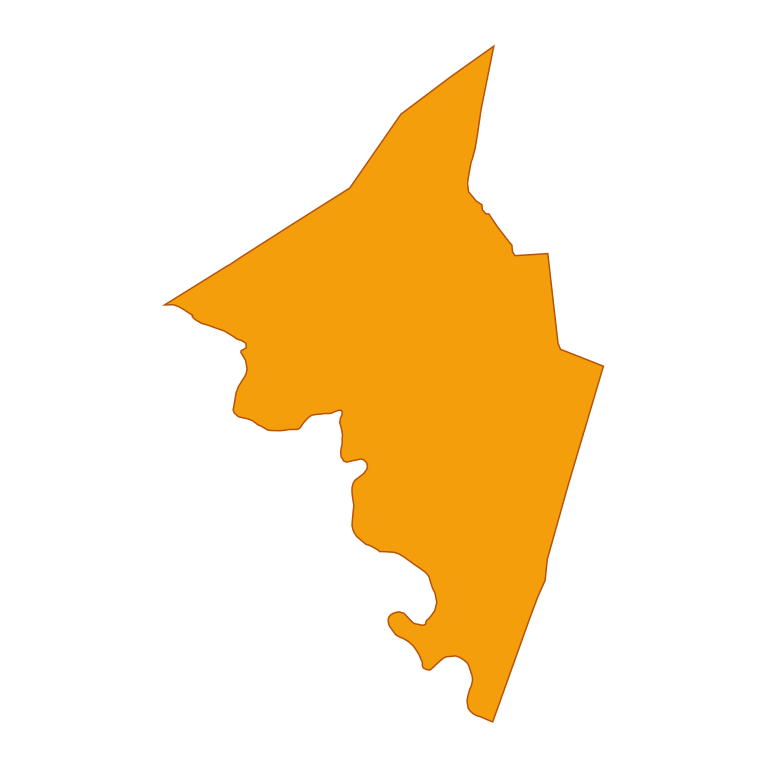 outline of Maghama, Gorgol, Mauritania
{"feature_id": "47542326B54868139713795", "entity_name": "Maghama", "entity_type": "district", "adm_level": 2, "iso_a3": "MRT", "parent_name": "Mauritania", "parent_adm1": "Gorgol", "projection": "robinson", "projection_center": [-12.922, 15.535], "detail": "fine", "context": "isolated", "style": "filled", "palette": "amber", "viewbox_px": 768, "rotation_deg": 0, "n_neighbors": 0, "source": "geoboundaries", "source_scale": "gbopen_adm2", "svg_char_len": 2842}
<svg xmlns="http://www.w3.org/2000/svg" viewBox="0 0 768 768"><path d="M164.6,304.9L173.3,304.7L176.0,305.6L179.2,306.9L184.8,310.2L188.0,312.4L192.8,315.6L192.2,316.7L195.2,319.6L199.0,321.8L201.2,323.2L202.3,323.6L207.6,325.0L215.1,327.8L223.9,330.8L232.7,336.0L236.6,338.9L241.8,340.7L245.6,343.0L246.0,344.4L246.3,347.7L242.9,349.8L241.1,350.7L240.9,352.4L242.6,355.2L245.6,360.5L246.3,364.1L247.1,369.1L246.2,373.5L244.5,377.0L242.3,380.3L238.4,386.7L236.1,392.9L234.6,401.9L234.1,405.0L233.5,407.9L233.1,410.0L234.3,413.0L238.4,416.7L241.9,417.6L246.9,418.6L252.4,420.6L257.4,424.3L258.1,425.0L261.0,426.0L265.0,428.5L267.4,429.9L270.6,430.5L274.9,430.6L280.2,430.7L284.8,430.3L288.8,429.5L292.2,429.5L297.8,429.4L300.2,427.7L303.2,423.3L305.6,420.5L308.9,417.1L311.9,415.2L315.7,414.5L320.4,414.1L325.0,413.5L328.6,413.6L331.6,413.1L335.4,411.4L338.8,410.3L341.2,410.3L342.2,411.8L342.0,414.5L340.5,418.2L339.7,422.6L340.6,425.6L341.5,429.2L342.5,434.9L342.1,439.0L342.1,444.2L341.3,447.6L340.7,452.1L341.0,456.4L343.8,461.1L346.5,462.1L350.6,461.3L353.9,460.4L357.5,459.8L360.9,458.9L363.7,459.9L366.8,462.9L367.5,467.1L366.4,469.9L363.8,473.4L360.7,475.9L354.9,480.3L353.2,483.2L352.0,487.7L352.0,492.3L352.5,497.0L353.5,503.2L353.9,504.8L353.1,512.3L352.5,518.7L352.0,525.4L352.9,529.5L354.3,532.9L356.6,536.4L362.4,541.4L365.8,544.2L370.0,545.6L374.9,548.2L378.3,550.3L379.6,551.6L382.2,551.6L386.8,551.8L394.2,552.3L399.6,554.3L403.9,556.9L407.9,559.8L415.2,565.1L420.6,568.7L425.5,572.4L427.4,574.5L429.1,577.0L430.6,582.2L432.5,588.1L434.9,592.7L436.0,598.2L436.8,602.6L434.8,610.5L431.5,615.3L428.8,618.6L426.7,620.3L425.9,622.1L425.6,624.1L423.4,625.2L420.8,625.0L418.6,624.3L416.4,624.1L413.7,623.3L410.2,620.0L407.2,616.7L403.9,613.3L399.4,611.9L396.5,612.2L393.2,613.3L390.5,615.0L388.7,617.4L388.2,620.0L388.4,622.8L389.4,626.0L395.7,634.7L399.9,637.2L403.9,638.8L408.4,641.5L413.5,646.1L416.7,650.8L419.1,654.8L421.0,659.3L422.3,662.2L422.3,665.3L423.2,667.9L426.3,669.5L429.8,670.1L432.3,668.2L434.6,666.0L436.9,663.8L441.0,660.1L443.7,657.9L446.1,656.8L452.7,656.2L455.6,655.9L459.0,657.1L463.3,659.6L465.6,661.5L467.0,662.7L468.8,665.6L470.9,672.3L472.1,675.7L472.6,680.1L471.3,686.0L469.9,688.7L467.8,696.2L467.0,701.1L468.2,708.3L470.5,711.4L473.4,713.9L477.2,715.8L480.8,716.9L489.4,720.6L492.7,721.9L529.6,618.7L537.8,596.8L545.1,580.4L547.3,559.3L568.5,483.9L572.1,471.8L603.4,366.2L560.5,349.3L558.0,343.2L547.8,253.6L516.0,255.6L514.8,255.5L512.5,251.6L511.9,245.1L509.1,241.9L497.5,226.9L488.8,213.9L486.0,213.9L482.4,209.9L481.9,204.8L476.1,200.9L468.6,191.8L467.5,183.3L468.1,178.9L471.0,162.7L472.7,157.6L475.1,148.6L477.4,134.9L481.0,109.8L493.8,46.1L450.9,76.6L400.9,114.2L349.7,188.1L295.1,222.5L242.3,256.3L228.9,265.2L227.1,266.0L164.6,304.9Z" fill="#f59e0b" stroke="#b45309" stroke-width="1.5"/></svg>